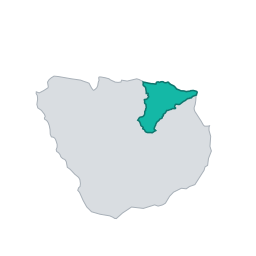 where Cerro Largo sits in Uruguay, rotated 327°
{"feature_id": "URY-12", "entity_name": "Cerro Largo", "entity_type": "Department", "adm_level": 1, "iso_a3": "URY", "parent_name": "Uruguay", "parent_adm1": "", "projection": "albers", "projection_center": [-54.394, -32.345], "detail": "fine", "context": "in_parent", "style": "filled", "palette": "teal", "viewbox_px": 256, "rotation_deg": 327, "n_neighbors": 0, "source": "natural_earth", "source_scale": "10m", "svg_char_len": 5129}
<svg xmlns="http://www.w3.org/2000/svg" viewBox="0 0 256 256"><g transform="rotate(327 128 128)"><path d="M197.6,170.5L196.2,171.7L194.6,174.2L192.8,180.0L186.7,188.1L185.4,192.7L178.9,197.4L174.4,202.7L171.4,202.6L168.7,204.9L153.3,211.9L147.8,210.6L143.7,210.7L139.9,207.6L131.2,206.6L125.7,207.9L118.5,211.4L116.3,211.4L114.7,211.2L110.7,209.9L108.5,207.0L97.1,203.8L87.9,196.2L77.1,196.3L68.9,197.6L67.6,196.6L66.7,194.6L64.9,191.8L57.6,185.1L51.8,178.4L50.4,171.7L50.9,164.4L52.3,155.6L51.9,152.9L53.9,151.3L56.0,150.9L57.9,148.6L59.5,145.1L59.7,142.6L58.2,137.8L57.0,131.2L55.7,127.9L57.9,122.6L57.9,120.1L56.5,117.9L56.0,115.6L56.5,113.2L56.3,111.0L55.4,108.8L56.0,107.0L58.1,105.5L59.6,103.3L60.5,100.3L61.0,98.0L61.0,96.5L60.3,95.0L58.9,93.7L59.4,90.9L61.8,86.8L63.3,83.1L64.0,79.9L63.9,77.3L62.9,75.4L63.3,74.1L64.8,73.3L65.4,71.2L65.0,66.1L63.3,62.0L64.4,58.6L67.9,54.6L69.6,51.4L69.7,49.1L70.8,47.7L72.6,50.2L77.7,50.7L82.8,50.7L83.6,50.0L85.5,45.7L88.1,44.5L91.0,44.1L94.2,44.2L97.6,46.9L107.2,55.8L114.3,62.0L116.5,65.0L118.3,67.2L119.7,69.2L119.2,74.6L119.4,77.0L119.7,77.7L121.3,77.7L123.6,77.3L125.6,76.1L127.1,74.4L128.6,72.9L129.8,72.2L130.2,71.0L130.9,69.8L131.6,69.5L133.0,70.4L136.3,73.5L138.8,76.3L139.4,77.9L140.4,79.6L141.4,81.1L142.2,82.5L144.6,84.4L147.1,85.6L148.7,84.4L152.9,88.2L162.1,91.5L163.8,93.5L165.4,96.3L168.6,100.6L173.0,104.4L176.6,106.1L180.0,107.0L181.9,107.8L183.2,109.3L185.3,110.9L186.6,111.5L187.0,112.9L188.4,116.1L189.8,120.0L191.3,123.6L194.5,127.2L198.2,129.9L202.1,131.5L204.2,133.4L205.2,135.4L202.5,138.3L199.7,142.0L197.1,144.9L194.6,146.9L193.7,148.3L193.1,150.5L193.1,162.0L192.8,166.3L193.0,167.4L193.3,168.2L194.9,169.3L196.8,170.3L197.6,170.5Z" fill="#d9dde1" stroke="#a8b0b8" stroke-width="1"/><path d="M165.7,97.8L165.8,98.0L166.6,98.8L167.6,99.5L168.5,100.4L169.4,101.4L171.4,103.3L173.1,104.5L174.5,105.8L175.2,106.3L175.6,106.3L175.9,105.9L176.4,105.4L177.0,105.2L177.5,105.3L178.1,105.6L178.6,105.9L178.8,106.2L179.0,106.7L179.3,106.9L179.6,107.0L180.6,107.1L181.1,107.3L181.5,107.5L182.4,108.1L182.7,108.5L182.8,108.8L182.9,109.2L183.1,109.6L183.4,109.9L183.8,110.3L184.6,110.8L186.3,111.2L186.7,111.5L186.9,111.9L186.9,113.2L187.8,115.2L189.3,117.5L189.6,118.4L189.8,119.6L189.9,121.4L190.0,122.0L190.3,122.4L191.0,123.1L191.3,123.5L191.8,124.4L192.4,125.3L193.1,126.0L195.0,127.3L196.7,129.3L198.3,129.9L199.6,130.7L200.1,130.8L201.1,130.9L202.0,131.5L203.0,131.9L203.4,132.3L205.3,134.4L205.6,134.9L205.5,135.6L205.1,136.1L204.0,136.9L203.4,137.6L199.9,136.8L199.2,136.7L198.9,136.8L198.6,136.8L198.2,137.1L197.9,137.2L197.7,137.2L197.3,137.1L197.0,137.1L196.9,137.0L196.5,136.6L196.3,136.5L195.9,136.5L195.4,136.5L195.1,136.5L194.9,136.4L194.7,136.1L194.4,135.9L194.2,135.8L191.0,136.1L190.3,136.1L189.2,135.9L184.3,136.3L184.0,136.2L183.8,136.2L183.6,136.1L183.3,135.9L181.5,134.4L181.2,134.2L180.7,134.1L180.4,134.2L179.6,134.7L179.4,134.8L179.2,135.0L178.6,135.6L178.4,135.9L178.4,136.1L178.5,136.4L178.7,136.7L178.7,136.9L178.8,137.0L178.7,137.2L178.5,137.4L178.1,137.4L177.9,137.3L177.7,137.2L176.0,136.0L175.8,136.0L175.6,135.9L175.4,135.9L174.8,135.9L174.6,135.9L174.4,135.9L174.2,135.8L173.8,135.6L173.6,135.5L172.8,135.4L172.2,135.2L171.1,135.0L170.9,135.0L170.7,134.9L170.3,134.5L170.2,134.4L169.9,134.5L169.5,134.6L168.0,135.5L167.4,135.7L165.7,135.8L165.3,135.7L165.1,135.7L164.9,135.8L164.8,136.1L164.6,136.6L164.4,136.9L164.2,137.0L163.7,137.1L163.3,137.0L163.1,137.0L162.9,137.1L162.8,137.3L162.6,137.6L162.4,137.9L162.2,138.1L161.9,138.2L161.5,138.2L161.2,138.2L160.4,138.0L160.0,137.9L159.6,137.9L159.4,137.9L158.0,138.5L157.5,138.6L156.6,138.6L155.8,138.7L155.4,138.8L153.7,139.7L153.2,140.1L152.7,140.6L152.5,140.8L152.3,140.9L151.3,141.3L151.0,141.6L150.7,141.8L150.6,142.0L149.9,142.4L149.8,142.5L149.6,142.7L149.4,143.0L149.3,143.4L149.4,143.7L149.8,144.5L149.9,145.3L148.3,145.1L146.2,145.2L145.8,145.2L145.5,145.1L145.4,145.0L145.0,144.5L144.9,144.4L142.1,142.6L141.7,142.3L141.2,141.6L140.9,141.1L140.7,140.7L140.6,140.3L140.6,140.1L140.8,139.3L140.8,138.6L140.8,138.4L140.8,138.2L140.7,138.0L140.2,137.3L140.0,137.0L140.0,136.7L140.1,136.4L140.4,136.2L140.8,136.1L141.0,135.9L141.1,135.7L141.0,135.3L140.3,133.5L140.2,133.3L140.2,132.9L140.3,132.5L140.7,131.4L141.1,129.6L141.1,129.2L141.1,128.7L141.0,128.0L140.4,126.8L143.0,125.6L144.0,125.5L145.9,126.3L146.9,126.5L148.0,126.3L148.9,125.9L149.6,125.3L150.2,124.6L150.8,123.6L151.3,123.1L152.3,122.8L152.6,122.5L152.8,122.1L153.1,121.7L153.4,121.5L154.0,121.2L154.3,121.0L154.7,120.3L155.4,118.9L155.8,118.2L155.9,117.8L155.8,117.4L155.6,117.0L155.5,116.7L155.5,116.3L155.6,116.0L155.9,115.5L156.5,114.7L156.8,114.2L156.9,113.4L157.2,113.1L157.9,113.3L159.1,114.0L159.5,114.0L160.2,113.8L160.8,113.6L161.4,113.5L162.1,113.3L162.5,112.8L162.6,112.2L162.3,111.6L162.6,111.2L163.4,110.6L163.6,110.2L163.5,109.6L163.1,109.4L162.6,109.4L162.1,109.0L163.1,107.5L163.5,106.5L163.9,105.7L164.6,104.0L164.8,103.4L164.6,102.5L164.1,101.0L164.1,100.1L164.3,99.8L164.6,99.4L164.9,99.1L165.1,98.9L165.6,98.0L165.7,97.8L165.7,97.8Z" fill="#14b8a6" stroke="#0f766e" stroke-width="1.5"/></g></svg>